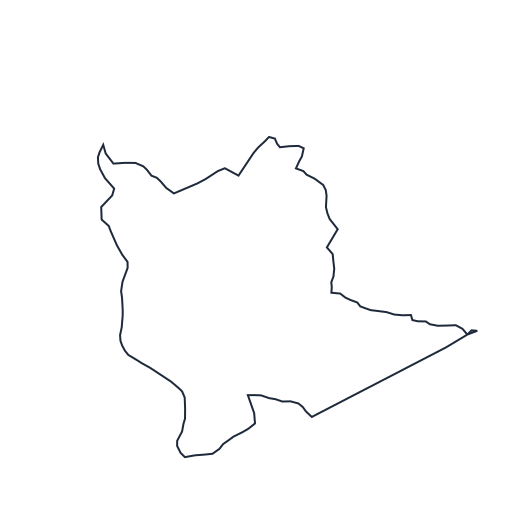 outline of Paraíso do Norte, Paraná, Brazil, rotated 62°
{"feature_id": "56859067B23838105782075", "entity_name": "Paraíso do Norte", "entity_type": "district", "adm_level": 2, "iso_a3": "BRA", "parent_name": "Brazil", "parent_adm1": "Paraná", "projection": "equal_earth", "projection_center": [-52.64, -23.256], "detail": "fine", "context": "isolated", "style": "outline", "palette": "slate", "viewbox_px": 512, "rotation_deg": 62, "n_neighbors": 0, "source": "geoboundaries", "source_scale": "gbopen_adm2", "svg_char_len": 1817}
<svg xmlns="http://www.w3.org/2000/svg" viewBox="0 0 512 512"><g transform="rotate(62 256 256)"><path d="M151.4,375.2L160.4,371.9L165.6,372.6L181.3,373.8L192.3,373.5L200.9,372.2L206.2,374.9L216.0,385.9L223.7,391.6L230.0,393.9L241.2,399.1L246.2,401.8L256.0,408.1L262.1,413.2L267.3,415.5L272.1,416.2L278.1,416.2L283.4,415.2L292.7,409.6L297.3,407.0L305.0,402.0L327.0,390.0L336.3,386.3L340.8,384.8L347.5,385.4L357.6,390.3L366.4,395.1L370.1,398.8L376.3,403.7L382.1,412.3L386.6,414.8L394.4,415.0L400.2,413.2L403.4,403.3L407.1,394.9L410.2,387.3L409.1,378.8L406.6,373.3L405.8,366.6L404.9,360.7L405.2,350.6L404.9,343.6L403.4,335.5L393.9,331.4L375.0,328.5L378.5,322.0L381.4,317.0L387.7,311.1L391.6,306.0L396.9,301.0L400.5,293.8L406.1,287.8L411.3,285.6L416.6,284.9L424.3,282.3L425.9,131.2L424.6,106.3L417.2,107.9L410.9,112.1L407.4,119.4L402.9,128.3L397.9,134.5L393.5,136.8L389.6,143.8L386.0,148.0L380.9,146.9L377.1,154.5L372.6,161.4L366.9,167.0L360.8,175.6L357.7,180.1L353.7,183.8L349.4,187.6L344.6,188.4L339.1,193.3L334.7,196.6L328.7,199.3L323.8,206.7L319.2,203.8L314.5,201.8L310.4,197.2L304.0,192.9L297.3,190.3L290.3,187.4L281.7,189.4L270.7,171.3L257.9,173.6L251.8,172.9L245.7,171.3L235.9,165.4L230.7,163.5L224.9,163.3L215.3,167.9L207.9,173.2L203.3,174.3L197.4,179.6L192.8,173.6L189.6,168.7L183.3,163.3L178.8,166.7L174.7,175.0L171.2,183.8L166.8,184.7L161.2,184.2L157.0,188.7L158.9,194.3L161.2,203.1L163.9,209.8L176.8,233.7L163.9,242.3L163.1,249.8L164.4,264.3L164.4,273.7L162.2,299.1L153.8,303.3L145.3,305.2L140.3,306.9L136.0,310.6L128.4,311.9L123.9,313.4L117.2,318.8L112.2,328.0L107.5,338.5L95.0,340.6L86.1,338.7L91.1,345.6L94.6,349.2L100.3,351.9L106.3,352.9L116.4,352.8L129.9,349.6L135.0,354.5L140.1,369.7L151.4,375.2ZM424.6,106.3L425.9,95.8L422.8,100.6L424.6,106.3Z" fill="none" stroke="#1e293b" stroke-width="2"/></g></svg>